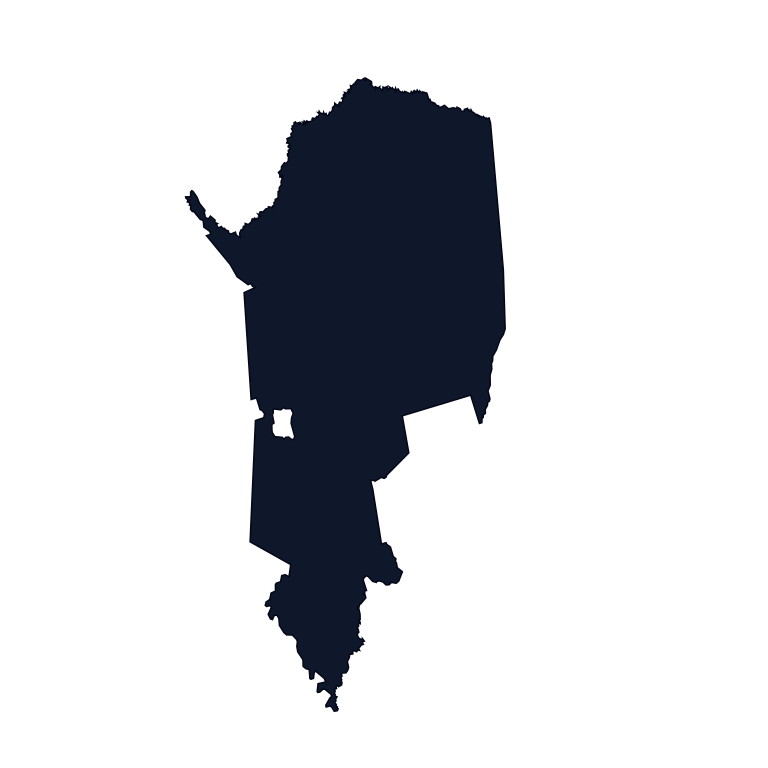 the district of Corumbá, Mato Grosso do Sul, Brazil, rotated 343°
{"feature_id": "56859067B41518599225549", "entity_name": "Corumbá", "entity_type": "district", "adm_level": 2, "iso_a3": "BRA", "parent_name": "Brazil", "parent_adm1": "Mato Grosso do Sul", "projection": "equal_earth", "projection_center": [-56.958, -19.058], "detail": "fine", "context": "isolated", "style": "filled", "palette": "ink", "viewbox_px": 768, "rotation_deg": 343, "n_neighbors": 0, "source": "geoboundaries", "source_scale": "gbopen_adm2", "svg_char_len": 6137}
<svg xmlns="http://www.w3.org/2000/svg" viewBox="0 0 768 768"><g transform="rotate(343 384 384)"><path d="M531.5,309.8L562.2,165.5L562.3,160.3L559.1,160.4L559.3,159.4L558.5,159.6L557.3,157.2L556.3,158.2L554.9,156.3L552.9,156.7L552.6,155.7L553.4,155.2L551.6,153.3L550.9,154.0L550.5,153.2L550.4,154.1L549.0,150.4L548.1,150.4L547.4,147.2L546.7,148.4L545.0,147.6L545.5,146.5L544.2,146.1L544.4,144.8L541.1,144.9L540.6,146.5L537.7,145.8L537.4,143.2L534.7,140.6L534.0,142.0L531.2,140.1L526.2,139.7L523.3,135.2L519.6,135.9L517.2,135.2L517.5,133.8L515.7,133.1L515.1,131.2L513.3,130.4L514.2,129.9L511.3,127.7L511.2,125.3L510.1,125.7L510.0,118.3L506.6,116.1L506.7,117.1L505.2,116.5L503.8,114.1L502.6,115.6L501.7,112.6L500.3,114.4L499.1,112.6L498.2,114.5L497.7,112.7L496.0,114.6L495.5,112.4L494.0,114.2L489.4,110.2L487.8,111.3L487.0,109.8L486.1,110.8L484.1,107.8L484.0,106.1L482.2,106.0L481.3,107.3L481.5,104.5L479.9,106.5L478.6,103.1L477.7,103.7L475.9,101.4L475.8,103.2L474.5,104.0L474.0,102.1L472.6,102.1L474.1,100.5L470.9,100.8L469.9,99.7L468.4,103.0L466.3,99.4L466.8,98.5L464.9,99.2L463.5,97.9L462.2,99.5L462.5,97.2L460.6,97.5L459.5,94.1L460.1,93.0L458.6,93.1L460.4,91.1L455.6,85.9L455.0,88.4L453.9,85.9L451.2,86.9L447.8,85.2L444.4,87.4L444.6,89.0L442.9,88.2L440.4,89.7L439.2,88.8L438.6,92.1L435.9,92.0L436.4,94.7L434.7,93.6L434.9,95.1L433.3,94.8L431.4,93.5L431.2,95.8L430.1,95.5L430.6,97.5L429.4,96.8L429.3,98.0L427.1,98.4L427.9,99.9L427.0,101.7L425.8,102.5L423.9,101.5L422.8,102.7L422.8,104.1L421.4,103.6L421.4,104.7L419.0,101.1L418.4,103.1L415.6,104.6L415.0,106.7L412.7,108.9L411.6,108.2L408.6,111.4L407.7,110.4L407.7,108.3L406.0,108.7L405.7,106.7L405.2,107.9L402.2,106.2L401.7,104.3L401.0,105.6L400.2,105.2L401.2,107.1L398.6,109.6L398.1,108.5L395.8,110.0L393.5,108.8L392.5,109.7L392.9,111.1L390.7,111.4L388.8,111.4L387.1,109.9L386.5,111.7L384.6,109.2L384.1,110.5L382.9,109.9L383.5,111.5L382.6,112.5L380.1,109.2L378.8,110.4L379.0,109.2L376.4,109.2L376.0,107.5L374.3,107.9L373.6,110.3L371.6,110.5L371.4,112.2L370.2,112.8L370.8,116.0L368.0,117.6L367.9,120.4L362.9,121.0L362.8,123.6L361.4,125.0L363.9,126.4L363.7,128.2L362.5,127.8L361.6,129.1L363.3,131.8L360.7,132.6L360.4,136.1L359.1,135.6L358.5,137.4L359.1,138.8L357.6,142.8L354.9,144.4L353.5,143.3L349.6,146.1L348.5,149.1L344.9,150.8L345.6,153.4L344.9,155.7L346.0,156.1L347.4,154.9L347.6,156.1L344.6,160.7L344.1,163.5L341.2,165.6L340.4,168.7L339.0,169.0L337.1,175.1L333.9,175.7L333.2,177.8L331.8,178.3L331.2,180.9L329.4,181.3L329.1,182.7L325.3,180.7L324.4,182.3L322.1,182.0L318.6,184.1L316.0,183.1L313.9,185.4L313.2,184.8L313.8,186.8L315.3,187.5L312.8,187.6L311.6,189.0L309.1,188.0L309.3,189.3L308.5,189.3L308.4,187.6L307.2,188.4L306.3,187.6L304.3,190.4L300.8,191.8L298.2,189.9L297.3,192.8L295.7,192.1L294.3,194.7L292.4,194.8L290.0,197.6L289.2,202.1L286.3,198.3L286.3,195.3L281.7,195.8L279.5,194.2L280.0,192.2L277.7,190.4L276.8,188.3L275.2,188.2L274.6,185.9L271.1,186.2L270.4,182.4L271.8,182.0L270.1,180.5L269.5,178.7L270.4,178.0L267.1,172.7L264.3,174.7L261.9,172.6L262.3,167.4L263.6,165.6L260.4,157.3L259.8,150.5L257.7,144.0L256.7,142.9L255.2,143.9L253.8,148.4L249.0,147.0L248.8,148.2L250.3,150.5L249.4,151.9L250.9,151.7L249.7,152.8L251.2,153.8L250.2,156.1L251.5,156.4L250.1,160.3L251.1,163.0L252.6,163.6L256.4,172.9L258.9,174.7L257.6,181.3L262.0,187.1L262.0,190.3L257.6,190.2L271.9,224.9L274.9,238.5L283.1,249.3L285.8,248.9L286.8,252.0L289.0,254.1L276.9,255.7L252.4,360.0L258.0,360.0L258.0,372.3L259.8,373.8L261.1,377.6L259.1,381.1L250.4,381.3L209.8,495.8L242.0,529.4L236.8,540.5L233.8,537.5L230.2,537.3L227.3,542.8L222.7,543.0L221.5,544.1L219.7,550.3L214.9,550.9L211.8,556.6L207.5,558.0L205.7,561.0L206.8,562.5L209.9,562.5L211.1,564.5L205.9,570.4L206.7,575.4L208.5,576.7L211.4,573.2L214.1,573.9L214.9,577.5L213.4,584.3L215.6,592.5L217.6,595.5L222.9,597.2L225.7,602.7L225.9,604.9L223.9,609.5L223.2,614.9L225.9,624.0L224.1,630.4L226.1,633.4L229.0,635.2L227.0,644.0L227.8,645.0L230.5,644.9L233.0,639.4L234.6,638.5L240.8,648.1L241.1,651.9L233.3,651.3L230.2,658.5L230.4,659.5L232.5,659.9L236.1,658.1L238.1,658.4L242.7,665.4L242.3,667.8L240.6,668.3L234.3,674.3L234.3,676.0L238.3,676.2L239.6,677.8L240.7,682.4L243.9,682.8L245.2,681.1L244.3,680.0L245.0,679.0L243.7,678.1L244.7,676.8L243.7,673.7L245.3,673.2L245.7,671.1L247.6,669.4L245.8,668.0L246.6,666.6L245.6,666.1L247.6,663.3L247.1,661.5L249.5,661.4L249.8,659.3L251.3,658.5L252.1,660.2L255.5,659.4L256.6,657.1L256.1,655.5L257.1,654.5L256.8,652.3L258.5,651.0L258.4,649.1L259.7,648.2L263.1,649.1L265.4,647.4L267.3,644.7L267.8,638.7L271.0,635.3L271.9,632.6L275.3,633.0L275.8,630.8L276.9,629.9L279.5,632.0L281.5,630.7L282.7,631.5L282.3,629.6L285.9,627.0L288.1,626.9L287.7,625.4L288.5,624.2L290.0,624.2L289.0,621.3L288.8,622.1L285.9,620.3L285.0,616.9L285.8,614.8L287.4,614.0L287.6,608.3L289.0,608.1L289.2,606.4L290.8,605.3L291.2,606.0L291.6,604.8L290.8,603.9L291.5,602.1L292.3,602.4L293.8,597.1L294.2,591.9L292.9,591.1L293.4,590.0L294.2,591.1L296.6,587.0L297.4,587.5L304.1,583.2L304.3,580.5L303.1,579.1L304.2,579.0L305.1,576.2L306.9,576.4L306.8,565.8L307.5,564.0L310.9,562.2L312.5,563.4L315.5,569.5L318.7,571.5L319.4,570.5L322.2,571.1L325.2,573.1L327.1,576.7L330.1,577.5L333.2,576.0L337.4,578.1L340.5,576.8L346.7,568.9L343.0,563.5L343.6,558.5L343.0,557.1L344.3,554.7L342.4,551.6L342.5,541.8L339.8,538.3L339.5,536.3L334.8,536.3L342.5,481.5L342.9,473.2L345.2,472.4L346.9,474.3L354.2,472.5L356.5,474.3L358.6,473.8L360.1,471.9L387.6,457.1L392.2,419.8L463.6,420.0L463.7,449.6L466.3,449.6L467.7,445.6L469.1,445.0L469.8,442.8L472.4,441.7L473.4,437.9L476.7,434.7L477.9,431.7L479.6,431.4L481.0,429.2L481.4,421.0L485.2,416.3L488.1,406.5L491.4,401.4L492.8,395.8L494.7,393.5L496.1,389.3L501.3,384.4L507.9,375.6L512.6,371.6L516.0,366.7L531.5,309.8ZM269.8,378.9L270.5,375.9L271.9,375.9L277.7,378.5L281.0,377.4L282.7,379.0L287.8,380.3L288.6,385.5L285.7,389.4L283.7,394.3L283.2,408.2L281.2,410.7L279.2,409.7L277.3,406.8L274.4,406.2L272.4,407.7L271.2,405.3L264.2,402.4L263.0,397.7L263.3,395.6L264.9,389.9L267.4,389.2L268.3,380.9L269.8,378.9ZM384.1,110.5L385.1,111.2L384.4,112.6L384.3,111.9L384.1,110.5Z" fill="#0f172a" stroke="#020617" stroke-width="1.5"/></g></svg>